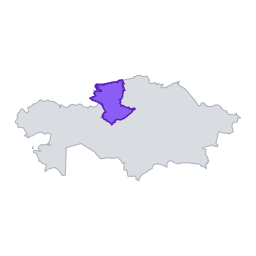 Qostanay highlighted on a map of Kazakhstan
{"feature_id": "KAZ-3196", "entity_name": "Qostanay", "entity_type": "Region", "adm_level": 1, "iso_a3": "KAZ", "parent_name": "Kazakhstan", "parent_adm1": "", "projection": "equal_earth", "projection_center": [62.901, 51.427], "detail": "fine", "context": "in_parent", "style": "filled", "palette": "violet", "viewbox_px": 256, "rotation_deg": 0, "n_neighbors": 0, "source": "natural_earth", "source_scale": "10m", "svg_char_len": 7897}
<svg xmlns="http://www.w3.org/2000/svg" viewBox="0 0 256 256"><path d="M152.4,168.2L151.1,168.8L150.4,169.8L149.4,169.5L147.6,171.4L142.2,174.5L139.0,178.7L139.0,180.6L138.1,180.6L135.9,179.2L136.2,177.5L135.2,176.2L128.0,176.3L126.7,170.1L123.8,170.0L124.2,162.6L122.5,163.4L120.7,160.2L117.3,157.1L114.6,158.4L107.5,157.8L100.5,158.8L95.8,153.7L94.9,152.1L81.1,143.5L66.3,147.6L65.3,175.2L62.1,175.4L58.9,170.3L54.8,167.5L48.5,168.9L45.1,171.7L45.0,169.3L46.1,166.8L46.1,164.3L42.1,163.5L40.6,161.3L38.7,161.2L38.9,158.9L37.7,156.9L36.6,153.6L33.8,152.6L33.4,151.6L33.7,150.7L34.4,150.4L36.9,150.3L38.7,151.3L40.8,151.0L39.5,150.4L37.9,148.1L40.5,144.9L46.2,144.6L50.6,145.1L48.3,143.4L50.6,138.8L50.3,136.8L51.0,135.3L50.5,134.0L49.6,133.3L47.2,133.0L45.2,134.2L42.4,132.7L40.0,132.1L35.6,133.8L32.4,135.9L29.4,136.4L29.4,137.2L29.0,137.0L28.5,137.4L28.6,137.8L25.2,136.1L24.7,135.5L24.8,134.9L26.9,135.1L27.3,134.6L23.4,127.8L19.7,127.2L18.6,127.6L17.6,126.1L17.7,124.1L15.5,122.8L15.4,121.7L16.0,120.0L18.1,117.6L17.0,116.1L17.2,115.1L18.4,112.7L19.9,111.6L20.5,109.7L21.6,108.8L22.7,109.0L25.8,112.6L26.3,112.8L28.1,112.1L28.6,111.5L27.8,107.4L28.8,107.4L31.8,105.7L32.9,104.1L34.7,103.8L37.4,102.5L40.3,99.7L42.2,100.2L43.1,101.4L44.6,101.4L48.0,99.8L49.8,101.4L53.9,101.4L58.1,104.4L59.5,106.2L59.7,107.6L60.2,107.9L60.7,107.0L60.3,105.1L60.8,104.6L64.6,107.0L66.3,107.6L68.4,106.7L68.9,105.8L70.9,104.6L71.6,104.8L73.7,104.2L76.0,105.5L77.2,105.2L78.2,104.1L81.0,104.2L83.8,106.8L86.9,107.3L87.3,108.2L88.9,107.6L90.2,105.7L92.2,106.9L95.0,106.8L97.5,105.6L98.6,103.1L98.4,102.5L97.4,101.7L92.5,100.2L92.1,99.4L90.2,98.3L92.4,97.0L93.7,96.8L95.5,95.6L94.3,93.3L95.8,91.3L100.8,91.5L101.4,91.1L101.0,90.4L99.1,89.6L96.6,89.2L96.5,88.8L96.8,88.1L98.5,87.6L98.1,87.2L96.9,87.4L95.5,86.9L96.9,84.3L100.6,84.8L114.0,81.9L116.4,81.8L117.3,82.2L118.1,81.0L119.3,80.3L123.2,80.1L133.3,78.0L133.8,77.5L133.6,76.8L135.2,76.6L137.5,75.4L140.2,75.6L143.9,76.8L146.8,75.9L147.7,77.1L149.4,80.5L149.3,82.0L148.8,82.7L149.1,83.0L150.4,83.4L153.9,83.1L154.8,82.3L156.0,83.6L156.3,84.8L157.1,84.5L156.9,83.8L157.2,83.6L158.7,83.7L160.5,84.7L163.0,84.2L162.9,84.9L161.0,86.4L161.0,87.1L161.7,88.1L164.0,87.0L165.9,87.2L166.7,87.8L167.1,86.8L169.1,85.6L171.1,85.1L171.9,84.6L172.1,83.8L179.3,81.5L178.5,83.5L177.3,83.4L177.7,84.3L185.5,89.3L195.5,101.3L198.8,106.2L201.1,105.1L201.0,103.4L202.5,102.7L204.7,103.4L204.6,104.9L206.3,105.0L206.9,106.5L212.5,106.6L213.8,105.4L217.0,104.7L220.4,106.2L223.0,110.0L226.8,111.2L227.0,112.4L228.6,114.3L233.9,115.1L236.3,113.2L236.7,113.8L236.3,114.7L237.4,115.2L238.6,116.6L240.0,117.1L240.6,118.0L237.8,118.3L237.5,119.1L237.7,120.8L236.9,122.0L232.6,123.0L231.9,126.4L233.2,131.1L232.5,132.5L231.1,132.7L228.8,134.2L228.0,133.1L224.3,133.2L218.6,131.6L215.9,143.2L216.0,143.7L217.7,144.4L217.8,145.4L217.4,146.6L215.9,146.0L214.1,146.4L212.5,145.0L203.5,147.5L202.5,148.4L203.3,149.1L204.7,149.0L206.1,149.7L205.5,150.9L205.8,154.3L207.9,158.3L208.2,160.2L208.9,161.3L208.8,161.7L208.0,161.5L206.7,162.2L206.8,162.7L207.7,163.5L205.9,164.5L205.7,165.3L206.5,168.3L206.3,168.6L204.5,166.9L201.6,166.4L199.6,164.2L187.1,162.7L180.5,163.0L179.4,163.9L177.8,163.7L174.6,162.7L171.0,160.7L169.5,161.0L167.3,162.5L166.7,165.6L167.2,167.0L160.0,164.3L157.0,163.8L154.1,164.5L152.1,167.5L152.4,168.2ZM33.2,148.6L32.7,148.8L32.2,148.0L32.4,147.2L32.9,147.0L32.4,147.9L33.2,148.6ZM47.7,144.5L47.2,144.4L47.0,144.1L47.6,143.8L47.7,144.5Z" fill="#d9dde1" stroke="#a8b0b8" stroke-width="1"/><path d="M121.9,80.4L122.6,80.3L123.3,82.5L122.7,82.7L123.0,83.0L123.7,83.2L124.1,83.8L122.8,84.2L122.3,84.5L122.4,85.1L122.7,85.7L123.0,85.7L123.4,86.1L123.3,86.8L122.9,87.2L123.1,87.8L123.8,87.9L124.0,88.7L124.0,89.4L124.3,89.8L124.8,90.2L124.3,90.4L123.2,90.6L122.9,91.0L122.9,91.3L123.1,91.4L123.3,91.8L123.3,92.1L123.2,92.6L122.8,92.9L122.7,94.0L122.7,95.1L122.6,96.6L122.2,97.0L121.9,97.7L121.7,98.6L120.9,99.3L119.8,99.5L119.5,99.5L119.4,99.9L120.3,100.4L120.6,100.9L120.5,101.6L120.4,101.9L120.3,102.1L120.5,102.3L120.3,102.4L120.1,102.6L119.8,102.9L120.1,103.1L120.0,103.5L121.0,104.9L121.1,106.1L121.8,106.1L122.3,105.5L122.9,105.4L123.4,105.7L123.6,106.1L123.8,106.3L124.3,106.3L124.7,106.7L125.2,107.0L127.2,107.5L128.8,107.3L129.4,107.7L129.4,108.3L129.2,108.6L129.4,108.9L130.0,109.3L130.7,109.0L131.4,108.7L132.8,108.6L133.7,108.4L134.1,108.1L134.3,108.2L134.5,108.4L135.1,108.8L134.8,109.3L134.2,109.8L132.6,110.2L132.3,110.3L132.3,110.6L132.3,110.9L132.4,111.1L132.4,111.4L131.1,112.8L127.6,115.5L127.1,116.1L126.5,116.3L126.2,117.0L125.6,117.2L123.7,118.6L122.7,118.8L121.9,119.1L121.4,119.6L120.2,119.8L117.7,119.5L115.9,119.8L115.3,121.1L114.6,121.1L114.7,121.3L114.6,121.7L114.9,122.2L114.2,122.4L113.0,122.9L113.0,123.6L111.7,124.7L109.9,122.4L106.4,120.8L106.6,120.1L106.4,119.6L105.8,119.5L105.3,119.7L104.4,119.5L103.2,118.3L102.8,117.5L102.3,117.3L102.9,117.1L103.4,117.0L102.4,115.5L102.3,115.2L102.5,115.0L103.3,115.0L103.0,114.4L103.3,113.8L103.8,113.4L104.1,112.6L104.7,112.3L105.3,112.5L105.8,112.3L105.7,111.5L104.6,110.1L103.7,108.6L103.2,106.9L102.7,106.9L102.5,106.4L102.9,105.7L102.1,105.1L102.2,104.6L102.4,104.4L101.7,103.9L101.0,104.2L100.6,103.8L100.5,103.4L100.4,103.0L100.2,102.7L99.8,102.8L98.9,102.9L98.6,102.8L98.5,102.7L98.3,102.5L98.1,101.9L97.8,101.7L97.6,101.6L97.4,101.5L97.1,101.6L96.8,101.5L96.7,101.5L96.3,101.5L96.2,101.5L96.0,101.4L95.7,101.4L95.5,101.2L95.3,101.1L95.2,101.1L95.1,100.9L95.1,100.6L92.8,100.4L92.7,100.4L92.7,100.2L92.1,100.1L92.0,99.9L92.3,99.8L92.4,99.7L92.5,99.5L92.6,99.4L92.5,99.2L91.5,99.0L91.0,98.7L90.8,98.6L90.7,98.7L90.7,98.8L90.4,98.8L90.3,98.7L90.0,98.3L90.0,98.2L90.1,97.9L91.2,97.9L92.0,97.2L92.4,97.0L92.8,96.8L93.1,96.8L93.4,96.9L93.7,96.9L94.0,96.7L94.2,96.4L94.3,96.3L94.8,96.2L95.2,95.9L95.3,95.8L95.5,95.7L95.3,95.1L95.3,94.7L95.2,94.6L94.6,94.4L94.5,94.2L94.5,93.9L94.5,93.7L94.1,93.6L93.9,93.4L93.8,93.1L93.9,92.9L94.1,92.8L94.4,92.7L94.6,92.6L94.8,92.4L95.9,91.6L95.4,91.3L95.8,91.3L96.0,91.2L96.4,91.0L96.6,91.0L96.8,91.1L97.1,91.2L97.3,91.2L97.6,91.1L97.8,91.0L98.0,91.0L98.6,91.4L98.8,91.4L99.0,91.4L99.4,91.3L99.9,91.2L100.1,91.3L100.5,91.5L101.1,91.4L101.3,91.3L101.4,91.1L101.5,90.8L101.5,90.7L101.4,90.3L101.2,90.3L100.0,90.1L99.7,90.0L99.3,89.7L99.1,89.5L98.5,89.7L98.3,89.7L98.1,89.7L97.6,89.3L97.4,89.3L96.9,89.3L96.7,89.2L96.4,88.9L96.3,88.6L96.4,88.4L96.7,88.2L96.8,87.8L96.9,87.7L97.0,87.7L97.2,87.8L97.5,88.1L97.8,88.2L98.2,87.9L98.3,87.8L98.6,87.7L98.4,87.3L98.4,87.2L97.7,87.2L97.3,87.5L97.1,87.5L96.4,87.3L96.1,87.1L95.9,87.0L95.1,87.0L95.0,86.9L95.1,86.7L95.7,86.9L95.8,86.7L95.9,86.4L96.0,86.4L96.3,86.1L96.7,85.8L96.7,85.6L96.2,85.4L96.0,85.2L95.6,85.2L95.5,84.9L96.0,84.7L96.4,84.8L96.6,85.0L96.8,85.1L96.8,84.9L96.8,84.7L96.7,84.5L96.7,84.3L97.0,84.3L97.3,84.0L97.9,84.1L98.1,84.4L98.6,84.5L98.6,84.8L98.8,84.8L98.9,84.7L99.4,84.5L99.6,84.6L99.8,84.4L100.0,84.5L100.1,84.8L100.4,84.9L101.0,84.9L101.0,84.3L103.1,84.3L103.3,84.3L103.3,84.5L103.1,84.6L103.0,84.8L103.4,85.0L103.6,85.2L103.7,85.3L103.8,85.3L103.8,85.2L103.8,84.9L104.1,84.6L103.9,84.5L103.9,84.3L104.0,84.1L104.3,84.0L104.5,83.9L105.0,83.9L105.3,83.8L105.6,83.9L106.2,83.8L106.7,83.9L106.8,83.8L106.9,83.7L106.8,83.4L107.1,83.3L107.4,83.3L108.0,83.4L108.3,83.3L108.6,83.1L108.8,83.1L109.1,83.1L110.0,82.8L110.3,82.9L110.8,83.1L111.0,83.2L111.4,83.0L111.6,82.9L111.5,82.6L111.4,82.5L111.4,82.4L111.6,82.3L111.8,82.4L112.0,82.3L112.3,82.4L112.5,82.3L112.7,82.2L112.9,82.2L113.0,82.2L113.3,82.2L113.8,82.1L114.0,82.0L114.4,82.0L114.6,81.9L115.0,82.2L115.3,82.2L115.7,82.1L116.0,81.9L116.3,81.8L116.7,81.9L117.1,82.3L117.3,82.4L117.6,82.3L117.8,82.4L117.9,82.2L117.8,81.5L117.9,81.3L117.8,81.2L118.6,80.7L119.1,80.8L119.2,80.6L119.1,80.4L119.3,80.3L119.8,80.3L120.6,80.5L120.9,80.4L121.0,80.2L121.3,79.9L121.7,79.8L121.8,79.9L121.9,80.3L121.9,80.4Z" fill="#8b5cf6" stroke="#5b21b6" stroke-width="1.5"/></svg>